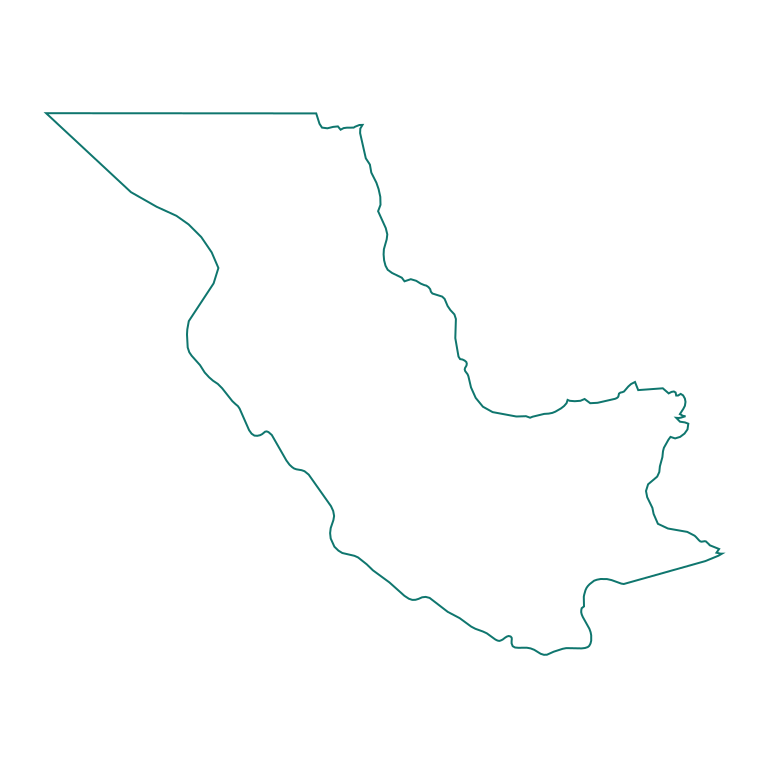 outline of Northern
{"feature_id": "PNG-1256", "entity_name": "Northern", "entity_type": "Province", "adm_level": 1, "iso_a3": "PNG", "parent_name": "Papua New Guinea", "parent_adm1": "", "projection": "albers", "projection_center": [148.587, -8.98], "detail": "fine", "context": "isolated", "style": "outline", "palette": "teal", "viewbox_px": 768, "rotation_deg": 0, "n_neighbors": 0, "source": "natural_earth", "source_scale": "10m", "svg_char_len": 3510}
<svg xmlns="http://www.w3.org/2000/svg" viewBox="0 0 768 768"><path d="M316.2,113.4L319.5,123.8L322.0,127.6L327.4,128.3L333.1,126.9L337.9,126.4L340.6,129.7L343.6,128.1L346.7,127.7L353.7,127.6L355.1,126.7L359.4,125.0L362.5,124.9L360.3,128.6L360.1,133.1L365.8,158.3L369.9,164.6L371.3,172.6L376.4,182.7L378.6,189.1L380.3,196.9L380.5,204.8L378.1,211.2L385.8,228.2L387.3,234.4L386.7,239.3L383.9,249.2L383.6,254.4L384.1,260.3L385.5,265.7L387.7,269.8L392.1,273.0L401.8,277.7L404.5,281.3L410.8,279.2L416.2,280.8L420.7,283.6L424.3,285.1L426.3,285.6L428.5,287.1L430.2,289.2L430.9,291.7L432.4,293.5L442.2,296.6L444.6,298.9L447.6,306.0L450.4,310.1L454.4,314.4L455.9,319.0L455.3,338.1L458.5,356.6L460.1,359.1L462.5,359.5L464.7,360.6L466.3,362.0L466.8,363.7L466.5,365.5L465.0,368.1L464.7,369.5L465.2,371.1L467.6,374.3L468.4,376.3L471.0,387.4L475.7,397.9L482.9,406.7L492.6,412.1L516.3,416.5L526.0,416.2L530.1,417.7L532.6,416.7L544.2,413.9L548.7,413.6L552.3,412.9L555.3,411.7L561.0,408.4L564.1,406.0L566.6,403.1L567.6,399.9L569.7,400.8L574.7,401.2L580.4,400.8L584.6,399.0L590.2,403.2L597.6,402.8L615.1,398.8L616.7,398.1L617.9,397.2L618.4,396.3L619.0,393.6L620.4,392.6L622.3,392.2L624.0,391.5L628.3,386.5L631.1,384.0L635.0,382.0L638.2,390.1L662.8,388.3L668.7,393.4L671.5,391.9L673.9,391.5L675.6,392.5L676.2,395.5L678.1,395.5L680.7,393.9L683.1,395.4L684.9,398.6L685.5,401.9L684.9,405.8L683.3,408.9L679.9,414.1L681.4,414.9L682.4,415.6L683.6,416.0L685.5,416.2L681.1,417.6L678.8,418.0L676.2,417.8L680.0,421.7L684.9,422.4L688.3,423.7L687.5,429.4L684.5,433.6L680.1,436.9L675.1,438.4L670.5,436.9L668.5,439.6L663.9,447.8L663.0,451.2L662.4,457.1L659.9,466.3L659.3,472.0L657.2,476.6L648.1,484.3L646.0,491.0L647.2,497.2L652.4,507.9L653.6,513.9L657.9,523.8L667.9,528.5L687.3,531.9L694.6,535.7L696.1,537.1L699.0,540.3L700.3,541.4L701.6,541.7L704.7,541.2L705.9,541.4L709.4,544.7L709.6,545.2L719.1,549.0L716.5,552.7L720.8,553.7L721.9,553.7L718.5,555.7L705.3,561.1L623.8,584.0L621.3,583.6L611.6,580.1L607.1,579.1L600.7,579.0L597.0,579.7L594.1,580.7L589.6,584.2L587.9,586.0L586.6,587.8L585.5,590.1L584.2,594.7L583.8,596.8L584.0,606.4L581.7,608.2L581.3,610.0L581.2,612.2L581.7,614.4L582.8,617.0L589.4,628.8L590.6,632.2L591.2,635.3L591.2,640.7L590.5,643.5L589.2,645.9L587.7,647.1L585.0,648.0L581.6,648.4L566.3,648.1L562.7,648.8L553.7,651.7L547.0,654.7L543.9,654.8L540.7,653.8L534.2,649.8L530.6,648.4L526.7,647.7L518.3,647.8L515.0,647.5L512.7,646.2L511.6,643.4L511.6,641.1L511.8,639.0L511.6,637.6L510.6,636.5L508.7,636.0L507.0,636.5L505.2,637.6L502.6,639.6L500.7,640.5L499.4,640.9L498.0,640.7L496.7,640.2L495.2,639.4L486.8,633.3L482.9,631.5L475.4,628.8L471.2,626.6L459.6,618.1L447.8,611.9L429.6,597.9L425.7,596.9L422.1,597.3L418.5,598.9L415.5,599.8L412.3,599.9L408.8,598.7L404.4,595.8L389.4,582.4L372.9,570.3L366.6,564.2L358.0,557.4L354.4,555.8L342.3,553.0L338.4,550.6L334.4,546.7L330.7,538.5L330.1,533.1L330.7,528.1L333.4,520.1L334.1,516.0L333.2,511.0L331.0,506.2L308.7,474.6L304.5,471.2L301.6,470.2L296.4,469.3L294.1,468.5L292.1,467.1L289.5,464.7L286.4,460.5L271.8,435.0L268.5,432.1L266.7,431.4L265.1,431.7L262.2,434.1L260.1,435.2L257.3,435.8L254.4,435.6L251.6,433.7L249.1,430.2L239.6,408.6L237.9,406.1L235.5,404.1L232.3,401.1L222.1,388.2L217.8,383.9L213.0,380.7L209.1,377.3L204.7,372.5L200.0,365.1L191.7,355.8L189.3,352.3L187.7,347.5L187.0,334.5L187.3,329.4L188.8,321.1L213.6,283.4L218.4,268.0L211.7,252.4L201.3,237.1L188.6,224.4L176.4,215.8L156.7,206.8L131.0,192.2L46.1,113.2L316.2,113.4Z" fill="none" stroke="#0f766e" stroke-width="2"/></svg>